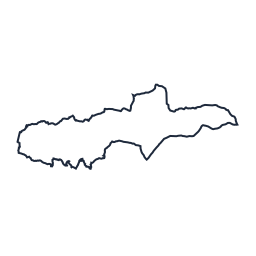 the district of Berevoesti, Arges, Romania, rotated 96°
{"feature_id": "2599482B57006778213349", "entity_name": "Berevoesti", "entity_type": "district", "adm_level": 2, "iso_a3": "ROU", "parent_name": "Romania", "parent_adm1": "Arges", "projection": "orthographic", "projection_center": [24.929, 45.318], "detail": "fine", "context": "isolated", "style": "outline", "palette": "slate", "viewbox_px": 256, "rotation_deg": 96, "n_neighbors": 0, "source": "geoboundaries", "source_scale": "gbopen_adm2", "svg_char_len": 5983}
<svg xmlns="http://www.w3.org/2000/svg" viewBox="0 0 256 256"><g transform="rotate(96 128 128)"><path d="M172.9,180.1L172.5,179.8L172.4,179.2L172.9,177.6L173.8,175.6L172.7,175.2L171.8,174.7L170.8,174.4L170.4,174.0L170.0,174.0L168.9,173.6L168.4,173.6L167.3,173.1L165.7,173.0L164.2,171.9L163.7,171.1L163.4,170.1L163.7,170.0L164.0,170.3L165.5,170.7L165.2,169.4L165.2,168.8L165.5,168.5L166.4,168.4L166.7,168.1L168.0,167.4L168.2,167.0L168.6,167.2L169.0,167.2L169.4,166.7L169.8,166.4L170.1,165.9L170.2,165.4L170.8,165.3L170.8,163.9L170.7,163.5L170.9,162.3L171.5,161.9L171.5,162.4L172.0,162.1L172.0,161.5L172.5,161.2L172.3,160.8L171.9,161.0L171.1,160.9L170.7,160.5L169.8,160.7L168.2,161.4L167.7,160.9L166.4,160.9L166.5,160.5L166.5,160.1L166.0,159.4L165.7,159.0L164.3,158.1L162.9,156.7L162.4,156.1L161.9,154.7L161.2,154.0L161.0,153.2L161.2,152.6L161.2,152.1L161.3,151.5L161.2,150.8L160.6,150.0L160.6,148.9L160.4,148.5L159.3,148.3L158.5,148.4L158.1,149.6L157.2,148.8L156.5,148.9L154.6,148.4L153.4,148.5L153.2,148.7L152.0,148.7L151.3,148.5L150.4,147.6L150.1,147.0L149.4,146.6L147.8,144.9L147.0,144.3L146.2,144.0L145.0,143.8L143.9,142.8L143.1,142.4L143.1,141.9L143.4,141.3L143.5,140.8L143.3,139.8L142.6,138.8L142.4,138.3L142.4,137.8L142.3,137.4L141.7,136.1L141.5,135.5L141.8,132.7L142.2,131.0L142.3,126.8L142.6,124.6L142.5,124.1L142.7,122.9L142.9,122.5L143.1,121.8L142.9,121.3L142.9,120.5L144.2,118.4L144.2,116.1L144.7,113.7L147.0,113.4L150.3,112.1L151.7,111.2L153.4,109.5L155.1,108.6L156.8,107.0L157.5,106.1L155.6,104.5L151.8,102.4L149.9,101.0L147.9,100.0L144.4,97.6L141.9,95.7L141.1,95.5L139.8,94.3L135.0,91.0L133.7,88.6L131.5,85.2L131.1,79.0L130.5,77.3L129.9,74.3L130.3,72.5L130.2,71.4L130.5,68.6L129.6,66.1L129.5,63.5L129.1,61.9L124.5,57.9L123.5,57.2L120.4,55.6L119.3,55.3L118.3,54.8L117.4,53.8L117.4,53.1L117.6,51.9L117.6,51.1L118.1,48.4L119.8,44.9L120.2,43.7L120.2,42.9L119.7,41.6L119.1,39.1L118.6,38.1L117.8,36.8L116.7,35.7L116.1,35.5L115.1,34.3L114.1,31.3L112.5,29.2L112.3,27.6L112.3,27.2L112.5,26.7L113.5,24.3L113.7,22.6L113.5,21.9L113.4,20.3L113.2,19.6L112.3,20.2L109.5,21.6L108.0,21.8L106.0,23.0L105.4,23.9L105.1,25.7L103.6,27.6L99.8,30.4L99.9,31.2L99.5,32.5L98.8,32.9L98.1,34.7L98.1,37.0L97.7,38.7L96.9,41.2L96.2,42.0L96.0,43.7L96.7,46.6L97.0,53.9L98.1,56.5L99.4,58.1L99.9,60.8L100.9,62.8L101.4,62.7L101.6,63.7L101.1,65.5L102.0,67.7L102.0,69.5L102.3,70.1L102.1,71.4L101.5,72.4L101.6,72.8L103.2,73.9L103.5,74.3L102.9,76.8L103.4,79.2L104.6,80.4L104.9,82.1L105.4,82.6L106.4,82.9L106.8,83.6L106.9,84.0L106.2,87.8L103.9,89.7L100.9,90.2L99.8,92.0L88.8,93.5L84.8,95.0L82.9,98.6L82.9,101.7L81.9,103.3L82.0,104.8L83.1,105.2L85.8,105.3L88.2,107.4L90.7,111.5L90.9,114.2L91.7,115.4L92.4,118.2L93.4,120.5L93.3,121.2L93.5,122.4L94.3,123.8L95.3,124.5L94.7,126.4L95.8,125.8L97.8,125.4L98.1,125.2L99.4,125.3L100.4,125.2L101.8,125.9L102.5,126.1L105.6,127.4L107.2,127.2L108.0,127.2L110.5,127.5L110.7,127.8L110.8,128.1L110.7,128.5L110.4,129.6L109.8,130.8L109.6,131.8L109.0,133.2L108.9,133.8L109.0,134.6L109.5,135.2L110.8,136.2L111.9,136.7L112.0,136.9L112.0,137.5L111.8,137.8L111.7,138.3L111.7,138.8L111.6,139.8L111.2,144.0L110.8,145.2L111.0,148.9L111.2,149.9L111.5,150.9L111.3,152.9L111.4,153.1L111.8,153.2L114.1,153.3L114.6,153.6L114.8,153.8L114.9,154.5L115.4,155.3L116.4,156.6L116.8,157.6L116.9,158.4L117.4,159.6L118.4,161.7L119.2,162.9L119.4,163.6L119.3,164.8L119.5,165.0L120.5,165.2L121.4,165.9L122.3,166.2L122.6,166.8L122.9,167.0L125.0,167.9L124.8,168.5L124.0,169.1L124.2,170.1L124.0,171.3L124.2,171.7L125.0,172.4L125.5,172.5L126.1,173.0L126.5,173.9L126.2,174.9L126.4,176.6L126.0,179.3L125.6,180.2L126.1,180.6L125.8,181.2L124.3,182.4L123.0,182.7L121.6,184.1L121.9,184.3L122.4,185.6L123.4,186.7L123.4,187.4L124.1,187.5L124.4,187.8L124.7,188.3L125.2,188.6L125.4,190.2L125.2,192.1L125.6,193.7L126.9,194.6L128.0,195.2L128.2,195.5L128.2,195.9L128.9,196.6L130.0,197.3L130.5,198.1L131.3,198.9L132.0,200.0L132.3,200.8L131.3,202.9L131.2,204.0L131.3,204.4L131.4,205.0L132.0,206.0L132.1,207.3L132.3,207.5L130.7,208.3L130.6,208.6L130.9,209.3L131.3,209.5L131.4,209.9L130.4,211.0L129.9,211.8L129.9,212.2L130.0,213.3L130.2,213.7L130.5,214.0L130.3,214.4L130.3,215.1L130.9,215.5L131.5,216.9L131.9,217.7L132.3,218.1L133.5,219.0L133.7,219.4L133.7,220.3L134.1,222.2L133.9,223.6L134.2,224.3L135.2,225.8L135.3,226.5L135.2,226.9L135.9,228.3L135.8,229.1L136.6,229.4L136.8,229.1L136.3,228.6L136.4,228.4L136.8,228.3L136.9,228.7L137.3,228.8L137.7,229.4L138.2,229.2L139.1,230.0L139.4,230.0L139.9,230.3L140.6,230.8L141.7,232.8L142.4,233.6L143.0,233.7L143.0,234.0L143.6,234.3L143.5,235.1L144.7,235.3L153.3,236.4L153.5,236.0L153.8,235.6L153.9,234.5L153.6,234.4L156.1,234.1L156.8,234.0L157.5,233.7L157.7,233.9L158.2,233.7L159.1,234.2L159.1,234.4L159.5,234.3L159.8,234.5L161.0,234.5L161.7,234.8L163.2,234.2L163.9,234.2L164.2,234.1L164.5,231.5L165.1,229.5L165.0,229.0L165.1,228.7L165.6,227.9L165.9,226.9L166.3,226.6L166.8,226.0L167.8,225.3L166.9,223.3L167.6,222.7L168.0,221.9L167.7,222.0L167.9,221.8L168.8,221.3L170.0,220.4L170.1,219.6L170.1,219.1L170.5,218.4L170.5,217.7L170.5,216.9L170.1,216.2L170.3,215.4L169.7,214.2L169.9,213.3L169.4,212.4L169.5,211.7L169.9,210.8L170.8,209.7L171.4,208.2L171.6,206.7L172.4,204.3L172.3,203.9L171.9,202.8L172.1,201.1L172.4,200.9L174.1,200.6L174.1,200.2L174.1,199.5L172.7,198.9L171.3,199.1L170.7,199.0L168.9,199.7L167.6,199.8L167.0,198.8L166.8,198.6L166.1,198.9L166.0,198.6L166.4,197.9L166.5,197.0L166.8,196.4L166.5,195.6L167.0,195.0L166.8,194.2L167.1,194.0L167.2,193.7L167.2,193.4L166.6,192.9L166.3,192.5L166.7,191.4L166.8,191.1L167.2,190.8L167.6,190.3L168.1,190.0L168.4,189.7L168.6,189.7L169.2,189.2L169.7,189.1L170.3,188.7L171.1,187.9L171.4,187.1L171.9,186.5L171.9,186.2L171.6,185.8L171.8,184.8L171.7,184.7L171.4,184.9L170.8,185.5L170.5,185.6L169.6,185.7L169.2,185.2L168.5,185.2L167.6,184.7L167.5,184.4L167.9,184.1L167.1,183.3L167.2,183.1L168.1,184.0L170.0,182.2L170.4,181.7L170.7,181.1L171.1,180.7L172.0,180.2L172.7,180.3L172.9,180.1Z" fill="none" stroke="#1e293b" stroke-width="2"/></g></svg>